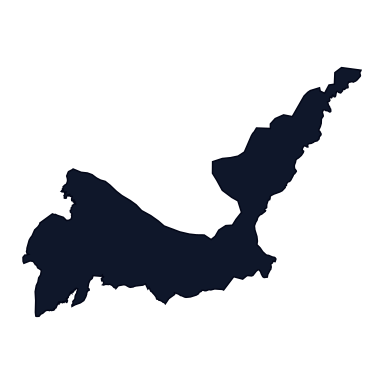 Fanteakwa South, Eastern, Ghana (Robinson projection)
{"feature_id": "2480657B5172435396617", "entity_name": "Fanteakwa South", "entity_type": "district", "adm_level": 2, "iso_a3": "GHA", "parent_name": "Ghana", "parent_adm1": "Eastern", "projection": "robinson", "projection_center": [-0.395, 6.371], "detail": "fine", "context": "isolated", "style": "filled", "palette": "ink", "viewbox_px": 384, "rotation_deg": 0, "n_neighbors": 0, "source": "geoboundaries", "source_scale": "gbopen_adm2", "svg_char_len": 5864}
<svg xmlns="http://www.w3.org/2000/svg" viewBox="0 0 384 384"><path d="M361.0,70.2L341.5,67.6L334.9,72.6L334.4,84.2L329.0,85.0L324.6,93.2L320.2,91.1L319.5,87.8L310.3,90.6L307.8,92.3L304.1,96.0L292.3,116.6L283.6,114.9L275.2,118.6L270.4,123.9L270.4,128.5L256.5,128.0L254.3,131.7L252.8,133.4L251.4,135.8L244.4,152.0L238.1,156.1L230.5,157.7L222.4,158.5L212.6,161.7L212.5,173.3L216.9,180.4L222.3,190.3L231.8,197.4L237.9,200.8L241.5,212.4L236.0,219.4L232.4,225.2L225.8,225.6L218.8,230.1L215.2,236.3L211.1,239.6L204.2,235.0L196.6,234.9L189.3,234.1L179.8,231.9L164.1,226.0L158.3,221.0L150.7,215.6L141.6,210.6L136.1,204.8L130.3,200.6L121.9,195.6L116.5,191.4L109.9,185.1L105.2,181.4L100.5,180.1L96.5,178.0L92.1,174.7L87.4,173.0L81.1,172.3L73.1,169.0L72.1,169.8L68.6,171.6L68.2,172.2L66.7,176.0L67.4,178.6L67.6,180.2L67.3,182.1L66.3,184.3L64.8,185.1L63.1,186.8L63.3,188.2L62.6,188.8L63.1,189.4L62.0,190.3L62.5,191.0L61.4,191.4L62.1,191.9L62.5,191.3L63.1,191.5L63.6,191.2L64.0,192.2L64.5,192.4L65.7,191.9L66.2,192.0L66.0,192.7L64.6,193.0L65.0,194.2L64.0,195.6L64.4,196.3L64.3,198.0L65.1,198.3L66.3,198.0L66.4,197.0L67.6,195.2L68.0,195.0L68.3,195.5L68.6,194.9L69.6,194.4L69.7,194.8L69.0,195.4L69.4,195.8L70.7,196.4L72.2,196.5L71.6,199.1L71.8,200.6L72.3,200.9L73.9,200.1L74.0,200.4L73.5,201.0L73.5,201.8L74.8,201.5L75.2,201.9L75.0,202.2L74.3,202.3L74.2,202.8L74.6,203.7L75.5,203.6L75.5,204.2L74.8,204.0L72.4,205.4L72.3,206.8L71.2,208.0L71.4,209.7L70.3,210.4L70.4,212.0L72.2,213.9L71.5,215.1L71.9,215.8L71.4,218.7L69.3,220.2L66.5,220.5L63.3,217.3L57.7,215.5L55.3,214.4L54.2,214.6L52.4,213.9L39.9,223.0L39.9,223.6L39.2,225.1L37.8,227.0L34.7,229.9L32.1,235.8L30.5,237.9L29.2,240.2L27.0,248.1L26.9,250.1L26.5,251.4L27.0,253.3L28.7,254.3L26.0,255.1L24.8,255.1L23.0,257.3L23.1,261.4L23.9,263.3L30.0,260.9L32.8,261.3L33.8,262.1L35.4,264.7L36.6,265.2L37.7,267.8L40.9,269.8L41.3,271.1L40.6,275.0L38.7,277.8L37.9,282.2L36.3,285.6L35.2,291.7L35.7,300.5L35.4,312.3L35.8,316.1L36.6,316.4L39.0,316.3L40.7,314.2L42.8,313.2L45.7,310.6L48.0,310.2L49.5,310.6L50.5,310.1L51.5,310.5L53.7,310.1L53.9,309.6L54.4,309.5L54.1,308.7L55.9,307.9L57.3,304.6L58.0,304.4L58.1,303.1L58.6,302.8L59.1,303.3L59.1,302.8L59.4,302.7L59.3,302.3L59.8,302.6L59.9,302.0L62.6,302.7L62.9,302.1L63.3,302.2L63.0,301.6L63.8,301.5L63.8,302.0L64.2,302.2L65.8,301.0L66.4,302.4L66.8,302.4L67.3,301.2L66.8,300.7L67.2,300.7L67.4,300.5L66.5,298.7L67.2,298.5L67.2,298.0L67.5,297.7L68.2,297.5L68.2,296.5L69.1,295.1L69.6,294.9L70.0,293.9L70.4,293.4L70.4,292.5L71.0,292.6L71.7,293.2L71.6,292.2L72.0,292.4L72.2,291.7L72.5,292.2L73.1,292.0L73.0,291.6L73.5,291.5L74.1,290.5L74.1,290.0L74.4,290.0L74.8,289.3L75.5,289.6L75.7,288.7L76.1,288.3L77.7,288.7L77.4,290.9L76.8,291.9L76.8,293.3L76.0,294.1L75.2,296.1L74.9,299.1L72.9,301.4L73.1,303.5L71.9,305.0L72.0,306.4L74.9,304.8L80.4,302.8L83.8,300.5L85.8,296.7L86.6,294.2L86.7,292.7L87.2,291.9L87.3,291.2L89.2,290.1L89.0,289.0L88.0,288.0L87.9,287.5L88.6,283.4L89.9,280.3L92.1,278.5L93.1,275.6L100.9,276.2L102.2,275.2L102.1,276.2L103.2,276.4L103.6,276.7L103.4,277.3L102.7,277.3L101.4,278.6L101.6,279.9L101.8,279.5L102.1,279.4L102.7,280.1L102.8,281.1L103.5,281.7L103.7,282.6L103.4,283.4L103.4,284.4L102.8,284.8L103.5,285.0L105.7,284.3L108.8,284.5L109.6,284.2L110.2,284.4L112.2,285.4L114.0,287.4L115.1,287.9L115.9,287.9L116.0,288.4L118.3,285.7L123.6,284.7L125.4,284.9L128.7,286.8L130.2,287.3L133.2,286.9L134.3,286.3L136.1,285.9L142.9,285.1L145.5,283.8L147.9,289.0L149.1,287.5L150.8,291.2L152.7,292.5L152.8,293.0L154.5,294.8L156.1,297.0L156.7,299.0L158.5,299.5L158.9,300.2L160.2,300.4L162.4,301.5L162.7,302.0L164.6,302.8L165.3,303.8L168.8,298.6L174.6,294.4L174.5,292.7L178.4,294.0L180.6,295.5L182.0,295.8L184.5,297.0L186.0,297.3L190.4,296.9L196.4,295.0L198.5,293.7L199.1,292.3L201.1,291.4L202.0,290.3L203.4,290.2L204.6,290.7L206.1,290.7L209.0,289.6L210.8,289.9L214.7,288.9L222.3,289.4L223.6,290.0L233.7,276.7L242.7,279.1L246.6,275.9L247.7,275.5L251.5,275.9L252.9,275.4L256.1,271.3L257.9,269.8L259.0,269.8L260.6,271.7L261.3,273.8L262.8,276.7L264.1,277.5L267.3,277.1L267.7,274.6L270.0,270.1L270.7,269.4L271.2,267.0L270.7,264.1L272.4,262.9L273.0,261.2L275.1,261.6L275.9,259.0L275.1,257.8L274.5,257.4L272.4,257.0L268.7,255.4L266.9,255.2L265.9,254.7L262.7,251.7L260.2,248.0L256.9,244.6L257.4,241.1L256.9,236.5L254.9,230.0L254.4,225.9L255.7,222.3L257.0,220.2L257.5,218.1L258.3,216.6L260.0,214.8L261.7,214.1L265.3,211.2L265.5,210.7L264.6,210.4L264.5,209.8L264.7,209.2L266.6,207.6L266.7,204.6L267.9,200.8L268.4,200.1L269.7,199.6L269.5,198.8L270.0,198.5L270.2,196.5L270.8,195.7L273.8,194.1L279.9,191.9L282.2,190.7L285.2,187.5L285.0,186.5L285.6,185.8L286.4,185.5L286.3,184.6L287.2,182.7L287.8,182.0L289.6,181.4L290.7,180.2L293.2,175.5L293.3,174.7L294.7,173.6L296.3,171.4L296.1,170.6L294.6,168.7L294.3,166.7L294.4,165.0L295.4,162.4L295.9,159.9L296.7,159.0L298.5,157.9L301.3,155.4L303.2,152.6L303.6,151.2L302.2,150.1L302.5,148.2L303.6,146.3L304.5,145.7L306.1,146.3L307.1,147.0L307.9,146.9L307.6,145.1L307.8,144.5L308.6,143.7L311.3,143.3L313.4,142.3L314.4,141.5L317.2,140.8L319.0,139.0L319.3,136.9L320.9,135.0L321.1,134.0L319.8,131.4L319.0,130.8L318.7,130.0L320.3,126.6L321.2,123.4L321.4,119.0L322.3,117.4L323.1,116.5L323.2,115.4L322.3,112.2L322.7,111.3L323.2,110.1L323.9,109.8L324.6,109.8L326.1,110.7L327.1,110.5L329.8,112.0L330.5,111.7L330.8,111.2L330.6,109.1L329.9,108.4L329.7,107.2L328.5,105.3L327.5,101.9L329.1,101.4L329.8,100.5L329.5,98.9L330.1,97.2L330.7,97.1L331.6,97.7L332.1,96.9L332.3,95.4L332.8,95.1L333.9,96.5L334.2,96.8L335.0,96.8L335.6,95.9L336.1,93.1L336.6,91.6L337.4,91.3L339.0,92.5L340.7,92.9L342.6,90.7L342.8,89.5L343.2,89.1L344.6,89.4L345.8,88.1L347.9,87.7L348.1,87.1L347.6,84.4L348.7,81.9L349.7,82.2L351.1,81.7L352.6,81.7L353.2,82.1L355.9,80.9L356.2,80.4L357.1,79.9L360.3,76.1L360.4,75.4L359.8,73.2L360.1,71.6L360.8,70.9L361.0,70.2Z" fill="#0f172a" stroke="#020617" stroke-width="1.5"/></svg>